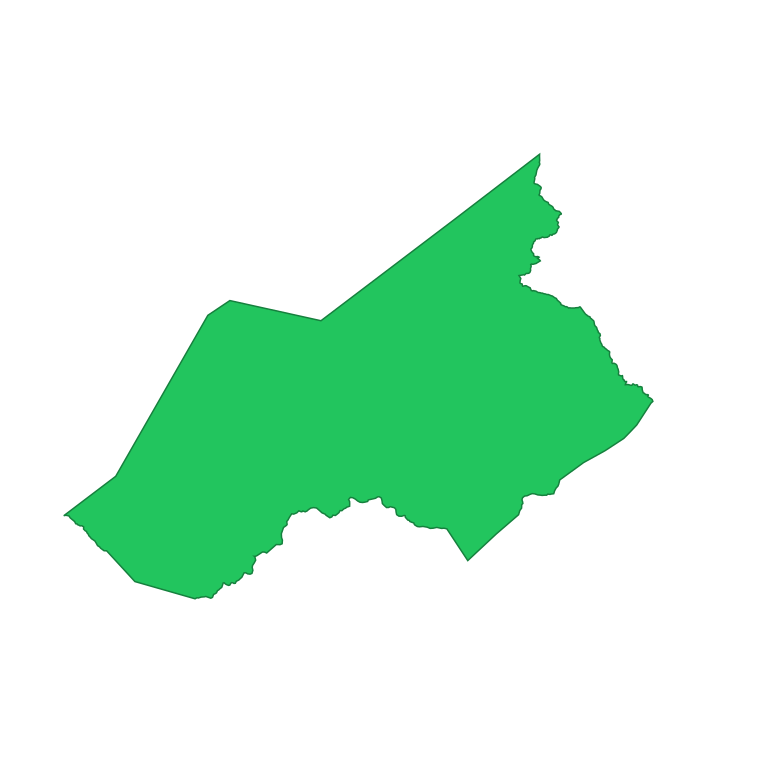 Menyamya District, Morobe, Papua New Guinea, rotated 109°
{"feature_id": "67681753B12937966801252", "entity_name": "Menyamya District", "entity_type": "district", "adm_level": 2, "iso_a3": "PNG", "parent_name": "Papua New Guinea", "parent_adm1": "Morobe", "projection": "orthographic", "projection_center": [146.094, -7.257], "detail": "fine", "context": "isolated", "style": "filled", "palette": "green", "viewbox_px": 768, "rotation_deg": 109, "n_neighbors": 0, "source": "geoboundaries", "source_scale": "gbopen_adm2", "svg_char_len": 6171}
<svg xmlns="http://www.w3.org/2000/svg" viewBox="0 0 768 768"><g transform="rotate(109 384 384)"><path d="M489.2,229.0L463.8,214.2L459.5,214.4L456.6,213.5L453.2,214.5L451.8,213.8L450.2,214.6L448.7,215.8L446.5,216.0L444.2,214.6L443.0,212.2L440.8,210.0L439.4,208.2L438.8,205.6L438.8,202.4L438.2,200.1L437.9,198.3L436.8,195.8L436.2,194.0L434.8,193.3L434.3,191.0L434.0,190.8L432.5,187.8L429.5,187.9L426.4,187.4L424.0,186.3L421.8,186.2L419.5,186.4L417.5,186.6L393.3,169.7L375.0,153.2L357.3,139.5L349.1,135.6L340.5,131.7L315.3,125.4L312.9,124.1L311.4,125.4L310.9,126.7L310.6,127.7L310.5,129.0L310.1,130.3L309.7,130.8L309.1,130.7L308.7,130.4L308.2,130.7L308.2,131.3L308.8,133.2L308.3,134.2L308.0,134.9L307.9,136.1L305.6,137.8L303.6,138.7L303.0,139.0L302.9,139.5L303.0,140.9L303.5,141.8L303.8,142.6L303.8,143.3L302.6,143.8L302.4,144.3L302.5,145.0L303.3,146.1L303.2,146.9L302.8,148.3L303.1,148.9L304.3,149.1L304.7,149.5L304.9,150.6L305.0,152.7L305.3,153.9L306.1,155.6L305.6,155.7L305.0,155.5L303.9,155.7L303.1,155.3L302.7,155.5L303.2,157.1L302.9,157.7L302.3,158.1L301.9,158.5L301.8,159.2L301.5,159.7L299.6,160.8L299.0,160.9L298.5,161.3L299.1,162.3L299.2,163.3L299.0,164.1L299.2,164.7L298.9,165.2L298.3,165.6L296.2,166.0L295.5,166.4L294.6,167.0L293.8,167.4L292.6,168.6L291.2,169.4L290.5,169.9L289.8,171.1L289.5,172.9L289.6,173.6L290.0,174.1L290.2,174.8L289.6,175.5L287.5,175.9L286.7,176.2L286.2,177.3L285.5,178.4L284.4,179.5L282.6,180.5L281.4,180.8L280.3,181.0L279.8,181.5L279.4,183.6L278.6,185.3L278.4,186.3L278.0,187.1L277.6,187.5L277.3,189.5L276.9,190.1L276.0,190.7L275.0,191.6L274.4,192.5L273.1,193.4L272.4,194.1L271.9,194.4L270.9,194.6L270.3,195.4L269.8,195.6L267.7,195.2L266.1,196.2L265.5,198.1L264.4,198.7L263.5,199.8L261.3,201.4L261.0,201.9L260.4,203.2L260.0,203.8L259.0,204.5L256.3,206.0L255.8,206.7L255.3,208.2L254.8,209.0L254.6,210.1L254.0,210.7L253.4,211.2L253.4,212.5L253.3,213.3L253.2,213.9L252.7,214.7L252.5,215.8L252.1,216.6L247.3,223.5L247.5,224.3L248.4,224.9L249.5,227.6L250.2,228.7L251.3,232.1L251.5,233.2L252.1,234.2L251.5,235.7L251.5,236.8L251.9,237.8L251.5,239.3L251.5,241.1L251.3,242.6L250.9,243.0L250.2,243.1L248.9,245.8L248.4,247.3L247.0,248.9L246.8,250.8L246.0,253.4L246.1,254.4L245.9,258.0L246.4,259.1L246.3,260.6L246.6,262.2L246.5,263.9L246.9,265.0L246.8,266.1L247.3,268.2L246.7,270.7L247.0,272.0L246.9,272.8L247.6,273.7L247.5,274.4L247.7,275.1L246.1,276.6L245.4,277.2L245.3,278.8L244.8,281.5L244.9,282.0L245.7,283.6L246.3,284.3L246.4,284.7L245.7,285.3L244.5,285.9L244.5,287.3L244.4,288.0L244.1,288.4L241.9,288.9L239.7,289.0L237.5,291.7L235.6,288.1L235.2,287.7L235.2,286.6L233.2,285.6L232.7,284.2L232.1,283.1L231.0,282.4L229.0,282.3L227.1,283.1L225.2,283.1L224.3,283.4L223.3,284.2L222.6,283.7L222.4,282.4L221.8,281.2L221.1,280.6L220.8,279.7L216.7,276.3L216.1,277.1L215.5,278.9L215.1,279.8L214.4,279.0L213.6,278.6L213.4,280.1L214.0,281.4L214.3,282.2L214.1,283.9L213.7,284.5L212.3,284.8L211.1,286.9L210.1,288.0L209.1,288.8L208.5,289.0L207.4,288.5L206.0,288.4L204.4,288.9L203.3,288.8L202.4,288.5L200.8,288.7L200.0,288.1L199.4,287.8L197.6,287.7L196.9,286.7L196.9,286.2L196.3,285.8L196.1,284.5L195.4,284.2L194.9,283.2L193.8,282.5L193.4,282.0L193.5,280.8L193.3,279.9L192.6,278.6L192.1,277.4L190.2,275.8L189.1,275.8L188.6,274.9L188.8,273.8L188.5,273.4L187.3,273.0L186.5,271.5L184.6,270.3L181.8,270.2L181.3,270.5L180.2,270.1L179.7,269.8L178.5,269.6L177.0,271.7L175.9,271.8L174.6,271.7L174.1,272.3L173.5,273.6L172.9,274.2L172.4,274.2L171.7,273.9L170.8,273.9L169.7,273.1L168.1,273.4L166.8,273.0L165.9,271.8L165.1,271.9L163.7,274.4L164.1,277.0L164.2,278.3L163.7,279.1L163.4,280.3L162.6,281.1L161.9,281.7L161.4,282.5L160.9,284.5L160.6,286.3L160.0,287.1L159.0,287.8L158.8,288.3L158.9,289.4L158.5,291.6L157.9,293.1L156.7,294.5L155.8,295.5L155.3,296.8L155.2,298.0L154.8,299.0L153.1,298.8L150.1,299.6L148.4,299.1L147.2,299.3L146.4,300.2L145.3,303.9L145.6,306.2L145.3,307.4L144.5,307.8L140.9,308.2L139.7,308.9L136.9,308.4L132.1,309.1L129.7,308.9L125.8,308.2L124.5,308.7L124.0,309.3L122.2,309.5L118.0,311.1L116.1,311.7L205.7,371.1L344.7,464.2L355.3,556.9L376.4,572.9L558.6,607.6L612.8,643.9L611.7,642.1L611.3,639.0L612.8,637.0L614.8,631.7L616.5,630.0L616.2,628.7L616.8,628.1L616.8,626.9L617.1,625.2L616.4,623.5L616.9,621.4L618.9,620.9L620.0,618.9L620.3,617.3L621.6,616.1L622.2,614.9L623.7,613.5L624.4,612.0L625.5,610.3L626.0,608.2L626.6,606.2L627.9,604.6L630.1,602.2L630.6,599.9L631.6,598.3L632.8,594.4L632.0,592.0L651.9,555.2L648.6,492.7L647.0,491.3L646.8,489.9L645.0,487.5L643.7,484.5L642.9,483.3L642.9,478.0L641.6,476.7L638.4,476.6L637.2,475.3L636.0,474.4L633.6,474.2L632.5,473.2L631.2,472.6L629.1,471.2L626.5,471.2L624.5,471.3L624.0,470.3L624.7,469.0L625.0,467.2L625.0,465.3L624.3,464.3L622.1,463.9L621.3,463.2L621.2,462.2L621.4,460.9L620.8,459.7L618.6,459.4L616.6,457.4L614.4,456.3L613.1,455.5L608.1,454.8L607.5,453.1L607.9,451.1L607.4,448.7L606.1,447.2L602.9,447.3L600.3,448.9L598.3,449.2L595.2,448.4L592.3,448.0L589.2,450.0L589.1,450.3L588.9,449.6L587.6,448.2L582.4,444.2L581.8,442.1L582.0,439.9L570.9,433.6L569.7,429.9L568.2,428.3L564.7,429.2L562.5,430.9L559.0,432.3L552.4,432.3L549.3,430.1L548.3,429.9L545.7,431.2L543.8,430.5L540.6,430.0L536.8,429.0L536.4,427.0L534.2,424.5L531.6,423.2L531.8,421.4L531.6,420.1L530.5,419.4L530.5,416.9L529.1,415.4L527.9,414.8L525.3,413.0L523.8,410.4L523.2,407.4L524.6,403.9L526.0,400.7L526.2,397.4L527.0,396.0L528.1,391.7L526.7,390.1L524.7,389.6L524.1,387.1L522.6,386.1L520.3,384.7L518.0,384.4L517.5,382.6L515.1,381.3L513.9,379.9L512.5,379.0L510.8,376.7L508.5,377.4L506.2,378.3L504.8,379.9L502.2,378.9L501.7,376.4L502.2,373.5L503.2,370.8L503.6,368.3L503.0,365.6L501.8,363.4L500.4,361.2L498.7,361.1L496.8,358.0L494.8,354.8L492.8,353.3L492.1,351.8L492.7,349.4L495.0,347.9L497.6,346.6L498.8,344.3L500.0,341.4L499.2,339.3L498.0,338.3L497.6,333.8L498.7,332.0L501.1,330.9L503.4,329.5L504.1,326.9L503.3,324.2L501.7,322.2L501.6,321.2L503.1,320.4L504.9,317.2L504.8,315.6L505.6,314.8L505.7,312.5L505.7,310.5L506.6,309.9L507.3,308.9L507.9,306.1L507.5,304.0L506.0,300.8L505.3,296.5L505.5,293.4L504.3,290.5L502.4,287.4L501.8,282.5L500.8,280.3L500.5,277.4L523.7,247.3L489.2,229.0Z" fill="#22c55e" stroke="#15803d" stroke-width="1.5"/></g></svg>